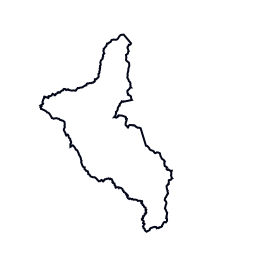 outline of Almas, Tocantins, Brazil, rotated 306°
{"feature_id": "56859067B55492829903460", "entity_name": "Almas", "entity_type": "district", "adm_level": 2, "iso_a3": "BRA", "parent_name": "Brazil", "parent_adm1": "Tocantins", "projection": "albers", "projection_center": [-47.229, -11.473], "detail": "fine", "context": "isolated", "style": "outline", "palette": "ink", "viewbox_px": 256, "rotation_deg": 306, "n_neighbors": 0, "source": "geoboundaries", "source_scale": "gbopen_adm2", "svg_char_len": 5725}
<svg xmlns="http://www.w3.org/2000/svg" viewBox="0 0 256 256"><g transform="rotate(306 128 128)"><path d="M199.7,68.1L198.7,67.3L197.0,67.1L194.2,67.3L192.8,66.9L192.3,66.3L190.9,64.2L189.5,63.0L189.1,62.9L187.8,63.4L186.5,62.9L186.1,62.5L184.9,62.5L184.1,61.4L181.4,62.3L180.9,62.1L178.5,62.0L177.7,61.8L177.3,62.4L176.1,62.6L174.9,64.0L174.3,65.1L173.2,64.7L172.1,65.0L171.3,65.9L170.0,66.0L169.2,66.8L167.8,66.5L166.4,66.5L164.7,67.1L163.7,68.4L162.5,69.0L161.8,68.8L161.3,69.1L160.6,69.9L160.2,70.2L159.5,70.1L159.3,70.6L158.0,71.3L156.7,71.6L156.4,72.1L155.8,72.4L155.0,72.5L154.4,72.3L152.4,74.0L151.8,74.2L148.6,73.6L148.1,72.6L147.1,73.0L146.3,73.7L145.6,73.6L145.0,73.2L144.4,73.2L143.6,72.3L142.8,72.1L141.8,70.5L140.4,69.6L140.2,68.9L139.6,68.7L139.1,68.8L138.6,68.7L138.0,69.2L136.9,68.2L133.9,67.1L132.4,65.4L131.5,65.0L130.8,63.8L130.1,63.9L128.8,63.6L128.0,63.9L127.3,63.6L126.6,62.1L125.1,60.4L124.1,58.1L124.1,57.0L123.6,57.1L123.1,55.9L122.3,55.6L122.6,54.3L122.0,53.2L121.5,53.0L120.5,53.4L119.6,52.6L118.4,52.4L118.0,52.0L116.5,52.1L116.1,50.6L115.6,50.2L115.0,50.6L113.1,49.6L111.8,49.9L111.3,49.3L111.7,48.9L111.3,46.9L109.4,47.1L107.8,46.2L107.3,45.2L106.8,45.0L106.3,45.1L106.0,45.8L105.4,45.9L104.5,42.3L104.1,41.8L103.4,42.1L103.3,42.7L101.6,42.6L98.9,43.5L98.4,43.8L98.0,44.4L98.0,44.9L97.3,45.1L96.3,44.5L95.5,44.4L94.8,44.0L94.8,45.3L94.1,45.3L93.3,44.9L92.8,46.1L92.3,46.4L92.8,47.6L92.8,48.3L93.2,49.9L93.4,52.1L93.1,53.5L93.4,54.1L93.5,55.6L92.3,58.7L91.3,60.6L91.7,61.3L91.7,62.2L93.4,63.8L94.1,64.7L94.4,66.1L94.9,66.8L94.6,68.4L95.1,69.1L95.1,69.9L95.7,71.2L95.6,73.0L93.7,74.8L92.4,75.3L92.0,76.0L91.3,76.5L89.5,76.7L88.4,77.5L87.2,80.2L86.3,81.2L85.7,82.4L86.8,82.6L87.2,83.1L86.8,84.4L86.1,84.9L85.4,86.0L85.2,87.7L84.0,88.6L83.9,89.4L83.0,90.5L82.5,90.8L81.9,90.7L80.9,91.0L78.9,92.5L80.1,93.0L80.7,92.9L81.2,93.1L81.5,93.5L81.3,95.3L80.4,97.7L80.0,98.0L79.8,98.6L80.1,99.4L80.0,100.1L78.3,103.3L77.5,104.0L77.2,105.2L76.2,107.1L74.3,109.2L74.2,109.7L72.9,110.1L70.8,113.2L70.1,115.0L70.7,116.1L69.2,117.0L69.1,118.5L68.7,119.2L69.3,121.0L68.8,121.4L68.2,122.5L67.4,122.8L67.6,124.6L67.0,125.6L66.9,126.4L67.6,128.7L68.6,130.1L68.5,132.5L68.2,133.0L67.9,135.2L67.7,135.6L68.5,136.6L69.8,136.8L70.4,137.1L70.5,137.7L70.0,138.8L70.3,139.4L70.9,139.3L71.2,139.0L71.7,139.5L73.0,139.5L73.3,140.0L74.8,140.9L75.2,141.7L75.9,142.0L75.9,143.4L76.7,143.6L76.7,144.4L77.0,144.9L75.7,147.3L75.0,147.2L74.7,148.0L75.2,149.6L74.0,150.6L74.1,151.1L73.9,151.7L72.9,152.4L72.5,153.1L74.3,154.7L74.5,155.3L74.2,155.9L74.7,155.9L75.4,157.6L75.3,159.6L74.8,160.0L74.2,161.2L74.4,161.6L73.7,162.5L74.0,163.7L73.7,165.8L73.0,165.8L73.0,166.7L73.4,167.4L73.1,167.9L72.3,167.5L71.7,167.9L71.2,169.2L71.3,170.7L71.9,170.7L72.2,171.2L72.6,173.1L73.2,173.3L73.2,174.5L74.3,175.9L74.8,176.9L75.0,177.5L74.8,178.8L75.9,180.0L77.1,182.4L76.6,182.9L76.1,182.9L75.5,182.6L74.9,183.1L75.1,184.2L74.3,185.2L74.6,185.8L73.6,187.6L73.9,189.0L72.4,190.1L72.6,190.7L71.5,190.9L71.4,191.5L69.9,191.9L70.0,192.7L69.3,192.8L68.1,192.1L67.0,192.7L66.2,192.6L65.6,192.1L65.2,192.6L64.6,192.4L63.8,193.2L63.1,192.7L62.6,192.7L62.0,193.1L62.0,195.2L61.7,195.6L61.0,195.9L60.3,195.9L59.9,196.1L60.3,196.9L60.1,197.8L59.4,197.7L57.9,198.0L57.3,197.9L57.2,198.4L56.3,199.1L56.2,200.7L55.6,201.1L55.0,202.6L55.1,204.1L55.8,204.2L57.0,205.0L58.4,205.5L59.6,205.0L60.8,205.4L61.2,205.9L62.4,206.6L63.7,207.7L64.4,208.9L63.8,210.2L65.0,210.9L65.1,211.7L65.6,211.9L66.2,211.8L67.1,212.9L68.5,213.3L68.9,212.9L71.3,212.7L72.4,212.4L72.9,212.5L73.5,212.9L73.9,214.1L75.4,214.2L76.5,213.7L77.4,213.0L77.5,211.8L78.8,211.7L79.1,211.0L80.7,210.5L81.7,209.8L82.5,209.5L82.9,208.3L84.3,206.2L84.4,205.3L85.1,204.9L86.0,204.7L87.9,203.8L88.5,203.8L90.0,203.1L90.9,202.0L91.1,200.4L91.6,199.9L93.4,199.2L94.6,199.4L95.5,199.0L96.8,199.0L97.3,198.7L98.0,199.0L98.7,198.8L99.9,197.2L100.6,197.0L101.2,195.7L103.5,193.4L104.6,193.3L105.2,193.7L106.4,193.4L106.7,193.8L109.8,191.7L111.3,193.1L112.8,193.0L113.3,193.4L113.7,192.2L115.2,190.4L116.0,190.3L117.2,189.2L119.1,188.5L118.2,187.5L118.3,186.5L118.1,185.9L118.3,185.2L117.4,184.7L117.3,183.6L118.5,182.7L119.0,182.7L118.9,182.0L119.1,181.5L118.8,180.1L120.7,178.1L121.2,178.1L121.6,177.6L122.7,177.4L122.7,176.5L123.2,175.6L123.0,173.6L124.5,170.7L126.3,168.6L126.0,167.0L125.2,165.6L123.8,165.0L123.5,164.5L123.8,163.2L124.3,162.5L123.8,160.2L123.5,159.6L123.5,158.0L124.2,156.9L124.6,155.2L124.7,153.8L124.2,153.2L124.4,152.7L135.2,138.4L135.0,137.4L134.5,136.3L134.0,135.9L133.8,135.4L133.9,133.8L133.6,133.4L134.0,131.8L133.6,131.3L133.4,130.5L132.9,130.4L132.6,129.4L131.4,127.6L129.9,127.2L127.7,128.1L128.6,127.2L129.0,124.3L130.8,123.1L132.6,122.6L134.5,121.8L134.0,121.2L134.5,120.6L135.4,120.2L135.6,119.2L135.2,118.5L134.6,116.1L132.7,112.9L132.2,112.8L131.7,113.3L129.6,112.6L129.2,111.7L129.2,110.9L128.7,110.4L129.6,110.4L130.1,110.7L130.6,110.6L132.4,109.8L133.0,109.7L133.9,108.8L134.7,109.1L136.2,109.0L137.3,108.7L137.7,108.2L138.6,107.9L140.5,107.7L141.0,108.1L141.8,107.9L142.1,107.4L142.7,107.2L143.6,107.5L146.0,107.3L146.2,108.6L146.9,108.7L147.4,109.6L153.0,114.7L153.5,113.5L155.3,111.8L155.4,111.0L154.9,108.4L155.7,108.2L156.1,106.9L157.8,105.6L160.3,106.1L162.0,106.0L162.5,106.6L162.6,105.9L163.5,105.5L164.3,104.4L165.4,103.9L165.9,103.3L166.4,102.1L166.5,101.0L167.3,100.2L168.4,97.8L170.5,96.8L170.9,96.2L173.2,95.0L174.5,94.7L175.1,94.1L176.3,93.4L179.1,92.5L180.9,90.9L181.4,90.3L181.5,87.4L181.8,86.6L182.3,86.1L184.1,85.2L185.9,83.4L187.8,84.1L188.7,83.9L189.5,83.4L190.5,83.5L191.4,82.1L191.9,81.6L192.4,80.6L193.1,80.0L193.8,80.2L195.8,79.7L196.3,80.6L197.2,80.9L198.3,80.7L201.0,69.6L199.7,68.1Z" fill="none" stroke="#020617" stroke-width="2"/></g></svg>